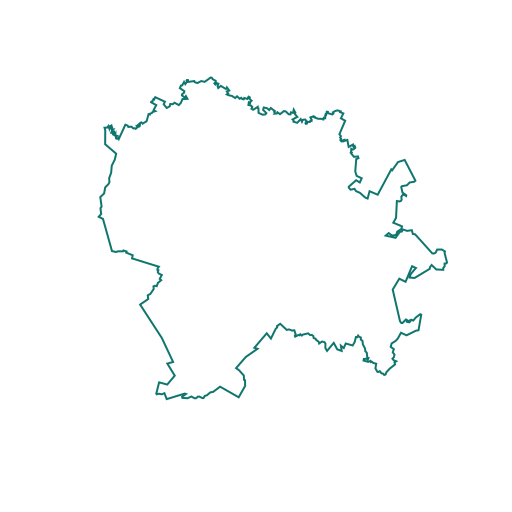 the district of Macuspana, Tabasco, Mexico, rotated 108°
{"feature_id": "50627088B6911600135809", "entity_name": "Macuspana", "entity_type": "district", "adm_level": 2, "iso_a3": "MEX", "parent_name": "Mexico", "parent_adm1": "Tabasco", "projection": "mercator", "projection_center": [-92.511, 17.856], "detail": "fine", "context": "isolated", "style": "outline", "palette": "teal", "viewbox_px": 512, "rotation_deg": 108, "n_neighbors": 0, "source": "geoboundaries", "source_scale": "gbopen_adm2", "svg_char_len": 6099}
<svg xmlns="http://www.w3.org/2000/svg" viewBox="0 0 512 512"><g transform="rotate(108 256 256)"><path d="M412.7,282.8L413.7,282.2L412.4,277.1L409.6,274.0L410.3,270.5L409.8,269.1L407.6,267.7L407.2,266.4L407.7,263.0L407.3,262.0L404.9,261.5L403.7,259.7L399.8,257.3L398.5,254.8L391.4,249.8L395.7,228.8L383.0,226.2L377.6,228.0L377.6,229.0L373.4,230.7L369.9,236.8L368.8,240.3L355.2,234.5L343.8,225.9L343.8,229.2L326.2,221.9L329.9,216.3L319.3,214.8L317.3,213.8L316.2,214.4L313.0,212.0L316.8,203.9L315.6,201.9L315.8,198.7L314.8,196.6L318.2,194.1L320.0,194.4L320.6,193.8L318.1,191.4L318.0,190.1L316.7,189.7L317.5,187.8L316.3,187.2L313.5,182.5L314.5,180.0L313.8,178.5L314.4,176.8L316.3,175.7L316.2,173.8L317.2,172.9L318.2,169.9L319.7,168.9L316.9,166.7L316.8,164.2L317.8,162.9L322.1,161.6L324.3,159.1L314.6,155.2L319.7,149.9L319.8,145.2L315.1,147.5L316.4,144.1L311.5,143.6L311.2,136.4L307.5,135.6L302.2,135.9L302.0,134.7L300.1,134.3L301.0,133.0L301.1,131.1L303.1,130.5L303.8,128.5L307.1,127.0L310.3,123.7L312.8,122.6L313.7,120.8L318.1,118.8L318.2,117.5L320.0,117.7L319.5,119.1L320.6,121.6L322.2,121.4L322.0,116.5L320.4,114.8L321.4,113.9L320.7,113.2L321.5,111.4L321.3,108.4L325.9,107.7L328.5,105.0L328.7,104.0L327.3,102.7L328.8,100.4L328.6,98.8L329.5,97.3L328.7,96.2L326.3,96.1L321.6,93.9L316.1,90.2L314.4,91.4L312.8,90.1L312.6,92.8L311.5,94.5L309.6,93.6L307.0,93.8L305.3,96.2L302.0,96.1L300.8,99.8L297.3,100.0L293.5,96.9L290.6,95.6L284.2,94.4L284.9,88.3L277.5,80.7L276.4,78.5L260.8,80.7L260.6,81.9L265.1,85.0L268.8,86.5L268.6,88.6L269.3,89.5L270.2,89.0L271.7,89.7L272.0,93.1L270.8,90.6L270.0,93.8L274.5,96.0L274.8,97.1L273.5,98.9L245.7,115.6L233.3,112.7L234.3,105.8L217.5,104.4L218.0,100.2L225.4,103.3L229.0,103.2L227.9,98.4L214.5,86.8L213.0,87.1L210.3,86.2L213.1,80.4L211.3,73.7L209.5,74.2L207.4,73.4L204.9,74.3L204.3,72.8L203.2,72.3L194.8,77.6L193.3,77.7L192.4,81.3L193.9,85.7L197.4,86.2L198.8,87.8L199.0,89.2L186.2,111.4L186.6,113.6L183.3,115.8L185.4,120.0L185.4,124.6L187.6,124.8L188.7,126.7L195.6,128.9L196.5,138.9L193.2,136.9L194.5,132.9L192.7,129.2L189.2,129.2L185.4,126.1L182.7,126.3L181.9,135.7L176.5,134.6L160.2,139.0L159.7,136.2L158.7,135.1L157.4,134.9L154.7,136.1L152.6,135.4L152.0,133.8L152.5,131.8L151.8,131.9L150.4,136.3L145.5,139.2L144.5,138.8L142.1,134.3L138.6,132.6L136.6,128.6L135.1,127.7L118.7,144.3L122.8,150.0L132.4,153.0L131.8,154.1L160.1,159.2L159.3,168.0L166.9,167.6L166.7,170.1L163.8,176.7L163.4,180.9L161.7,183.1L163.7,186.5L162.5,188.7L161.5,189.2L153.0,184.2L154.0,180.0L149.4,179.5L148.7,185.0L145.0,187.7L132.9,190.6L131.3,188.8L129.8,189.8L131.4,193.5L128.7,197.7L127.9,197.0L127.4,197.8L124.6,198.5L124.9,196.8L124.2,196.1L122.9,195.3L122.3,196.5L121.9,195.4L120.9,196.1L121.5,196.8L119.9,198.1L123.6,201.6L117.4,205.0L119.4,207.7L118.3,207.9L119.6,209.7L120.3,209.2L120.6,210.1L119.7,211.6L118.2,211.3L117.4,212.6L115.8,212.2L114.4,214.3L99.8,213.0L98.8,217.8L93.4,217.0L93.2,220.4L92.3,220.2L92.3,223.4L93.4,225.2L95.6,227.3L96.5,226.4L97.8,227.1L97.9,231.9L96.7,232.2L96.9,233.3L100.1,232.9L99.9,233.6L100.9,233.6L103.5,232.8L103.6,234.2L106.1,233.9L104.9,234.7L106.3,239.3L106.1,243.7L105.4,243.5L105.3,244.5L107.4,247.1L109.3,245.1L110.4,244.9L110.6,246.1L111.9,246.2L112.4,248.2L114.4,248.5L114.9,249.3L114.4,250.0L112.0,249.8L111.0,251.4L112.0,253.6L114.1,253.8L112.0,255.8L116.6,258.0L116.7,261.8L115.5,262.1L114.8,263.4L111.0,259.7L108.4,263.7L107.5,262.9L105.2,265.3L107.5,265.1L108.5,265.5L108.6,267.2L110.7,267.0L111.1,268.7L109.3,272.4L109.5,274.2L113.7,277.0L112.7,280.0L114.1,280.3L114.8,282.2L114.3,282.0L113.4,283.2L112.4,282.8L110.7,287.7L113.1,288.5L112.0,291.4L112.4,294.5L114.8,294.4L116.9,290.3L118.4,290.8L119.6,293.4L119.1,297.8L114.8,299.3L114.7,300.2L113.7,300.5L117.8,303.9L117.4,305.8L115.3,305.6L114.5,307.3L114.7,309.9L112.1,310.3L112.4,308.9L110.8,309.0L109.7,308.2L108.4,311.0L107.1,310.9L106.8,312.3L109.3,312.8L109.3,316.0L110.8,316.1L111.0,317.4L110.1,319.0L111.5,320.1L110.0,323.4L112.2,324.6L111.2,328.3L111.6,332.2L111.3,333.7L110.0,332.7L108.5,334.6L106.9,332.6L104.7,335.7L106.1,335.7L106.4,336.4L105.1,342.1L107.9,343.8L106.3,345.1L103.8,345.0L103.7,346.6L105.5,347.6L104.7,348.9L102.9,348.0L101.9,348.4L101.2,351.9L100.1,353.1L100.3,354.3L106.2,358.6L106.6,362.2L109.6,365.1L109.6,368.1L108.7,368.8L111.4,374.3L109.7,375.1L110.0,376.1L110.7,376.2L111.1,375.3L114.4,376.4L112.7,378.2L116.5,378.9L117.0,380.0L119.9,380.3L121.3,375.2L122.7,374.8L125.1,376.3L126.1,376.1L127.4,372.6L125.6,372.1L127.7,369.8L129.5,374.4L133.6,374.8L136.3,376.0L135.4,380.9L137.4,382.1L137.9,384.5L140.3,384.3L142.8,386.7L140.2,390.7L137.4,390.3L136.1,400.9L138.6,401.2L138.4,402.0L141.6,402.3L141.5,403.2L142.2,403.3L143.3,397.5L148.9,398.5L149.3,396.5L151.2,399.0L152.2,399.2L153.6,401.0L154.2,400.8L154.3,402.0L161.7,401.7L165.2,404.8L164.3,406.1L164.9,407.0L167.8,408.7L167.0,407.0L168.4,406.7L169.1,407.2L169.3,409.3L170.2,408.5L172.2,409.7L171.9,410.7L172.6,412.1L171.5,414.4L172.7,417.3L171.7,418.3L171.5,420.8L186.8,422.6L185.8,423.3L187.3,423.9L187.5,425.3L186.6,425.9L184.7,425.3L185.1,426.9L183.2,427.5L184.8,427.9L184.6,429.5L184.1,429.7L183.9,428.6L181.7,429.3L183.3,430.7L183.5,431.8L182.4,431.7L182.1,430.9L181.8,431.5L179.9,430.9L181.1,433.0L180.5,432.2L179.6,433.1L178.6,432.3L177.6,433.0L178.2,433.9L176.8,434.1L177.8,435.1L180.1,434.9L178.0,436.5L179.8,437.1L180.8,439.7L183.1,438.2L196.3,434.0L201.9,420.6L208.2,420.1L214.6,421.1L221.5,419.5L227.5,419.7L231.0,418.2L233.4,418.6L237.3,420.6L243.5,419.8L248.1,422.3L256.7,418.1L258.6,418.7L263.9,416.2L267.3,417.7L268.0,413.0L295.8,394.5L295.5,390.5L294.1,388.5L292.7,384.0L291.7,383.8L291.7,380.5L292.9,380.5L293.4,373.5L296.6,373.1L296.2,345.1L298.4,345.8L299.6,345.5L299.7,344.4L301.6,344.5L302.7,343.1L303.2,339.7L307.5,340.5L308.3,338.7L311.9,341.0L315.4,341.1L315.5,342.8L316.5,344.1L319.1,343.1L324.8,344.8L326.8,346.8L330.2,345.2L338.0,351.2L363.1,320.2L382.4,302.1L385.7,307.1L394.9,296.3L405.7,300.7L406.1,309.1L417.7,308.3L418.2,307.7L417.0,305.8L416.7,303.0L414.8,300.7L419.7,296.7L408.9,281.3L408.9,280.0L412.7,282.8Z" fill="none" stroke="#0f766e" stroke-width="2"/></g></svg>